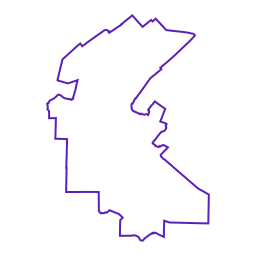 Fundulea, Calarasi, Romania
{"feature_id": "2599482B1760038642223", "entity_name": "Fundulea", "entity_type": "district", "adm_level": 2, "iso_a3": "ROU", "parent_name": "Romania", "parent_adm1": "Calarasi", "projection": "orthographic", "projection_center": [26.52, 44.463], "detail": "fine", "context": "isolated", "style": "outline", "palette": "violet", "viewbox_px": 256, "rotation_deg": 0, "n_neighbors": 0, "source": "geoboundaries", "source_scale": "gbopen_adm2", "svg_char_len": 5197}
<svg xmlns="http://www.w3.org/2000/svg" viewBox="0 0 256 256"><path d="M152.5,232.8L152.9,232.7L153.2,232.9L154.1,233.2L154.8,232.6L155.1,232.6L156.6,233.3L159.3,234.8L160.8,235.5L163.9,236.8L163.9,229.2L164.2,223.1L164.2,220.7L169.3,222.4L169.8,222.5L186.6,222.9L201.8,223.3L208.3,223.4L208.5,212.8L208.6,207.2L208.7,204.2L208.7,201.8L208.8,194.5L198.3,188.6L197.9,188.3L195.4,186.2L188.8,180.5L177.9,171.1L164.2,159.2L163.5,158.9L162.5,158.1L161.6,156.9L160.9,156.2L160.8,155.6L160.7,154.8L162.6,152.9L167.3,148.0L167.9,147.3L164.3,145.4L163.8,145.2L163.0,145.0L162.2,145.5L161.4,145.8L160.2,146.5L159.8,146.0L159.0,146.7L158.6,147.1L157.9,146.7L157.3,146.5L157.2,146.5L156.5,146.3L155.4,146.1L155.4,145.6L155.4,145.4L155.2,145.1L154.8,144.8L154.4,144.6L153.5,143.8L153.1,143.8L152.7,143.2L152.5,142.9L152.6,142.6L154.6,140.3L156.3,138.2L157.6,136.3L161.3,131.8L161.9,131.8L162.5,131.6L163.6,131.2L164.1,130.9L164.5,130.6L165.0,130.1L165.4,129.6L166.4,127.9L166.2,127.5L165.9,127.1L165.9,126.9L166.0,126.5L166.1,126.0L165.9,125.7L165.7,125.5L165.9,125.2L166.3,124.7L166.6,124.0L166.3,123.7L165.8,123.5L165.4,123.3L161.9,122.1L160.3,121.5L165.2,108.9L160.4,105.5L156.9,103.0L154.9,101.4L153.1,103.6L152.6,104.3L150.9,106.2L148.4,109.4L148.1,109.9L148.1,110.1L148.3,110.3L149.0,110.6L149.1,110.8L149.1,111.2L149.1,111.4L149.1,111.9L149.0,112.5L148.9,113.0L148.8,113.5L148.6,113.7L148.0,115.0L147.2,114.3L147.0,114.2L146.9,114.1L146.5,114.2L145.9,114.3L145.1,114.6L144.6,114.7L144.1,114.6L142.4,114.3L141.1,113.6L140.8,114.1L140.6,114.2L140.2,114.2L139.6,114.0L139.3,113.8L139.1,113.6L138.6,113.4L138.2,113.1L137.9,113.2L137.7,113.1L137.6,112.9L137.4,112.8L137.1,112.6L136.9,112.6L136.2,112.4L135.9,112.2L135.7,112.0L135.3,112.0L135.2,111.9L134.9,111.7L134.6,111.7L134.4,111.5L133.9,111.3L133.8,111.2L133.5,111.2L133.1,110.9L132.7,110.4L132.3,110.1L132.1,109.8L132.1,109.7L132.0,109.3L131.7,108.8L131.6,108.4L131.6,108.1L131.7,107.9L131.7,107.7L131.6,107.3L131.5,107.2L131.5,106.9L131.5,106.4L131.5,106.2L131.5,105.9L131.5,105.7L131.5,105.1L131.5,104.9L131.6,104.5L131.5,104.3L131.5,104.2L132.1,103.4L132.7,103.5L133.0,102.9L133.4,102.2L134.2,100.4L134.9,99.1L135.3,98.4L135.7,98.6L136.1,98.1L136.3,97.7L137.7,95.7L138.0,95.5L138.1,95.2L140.1,92.6L148.0,81.5L150.5,78.1L158.3,71.7L161.4,69.2L160.3,67.8L163.0,65.5L168.1,61.2L173.9,56.1L190.2,40.6L194.2,36.3L194.9,35.5L193.8,34.2L193.5,33.9L193.2,33.7L192.4,33.6L190.7,33.3L187.7,32.6L186.1,32.4L183.4,32.0L176.1,31.2L173.3,30.9L170.4,30.6L169.0,30.4L166.3,30.1L165.6,29.4L164.5,28.2L163.4,27.0L162.0,25.4L161.9,25.5L161.7,25.3L160.7,24.1L156.6,19.7L155.7,18.7L152.6,21.5L151.1,20.0L146.1,24.0L144.1,25.6L142.5,26.8L132.3,15.4L121.4,24.2L121.7,24.4L121.6,24.5L119.6,25.9L118.1,26.8L116.5,27.8L115.4,28.7L112.1,30.8L109.2,32.8L108.9,32.7L108.8,32.3L108.9,32.1L109.0,31.9L109.2,31.6L109.2,31.4L109.1,31.2L108.7,31.2L108.2,31.1L107.2,30.2L106.9,30.0L104.5,30.2L103.9,30.6L102.1,32.0L97.6,35.1L96.8,35.7L95.7,36.4L93.8,37.8L92.4,38.8L89.5,40.9L88.2,41.8L86.9,42.7L86.3,43.3L82.2,46.2L80.4,43.7L80.2,43.5L76.9,46.3L65.8,56.4L62.7,59.2L62.5,59.4L62.4,59.7L61.8,61.9L61.8,62.3L61.0,65.3L60.3,68.4L58.3,76.7L57.5,79.9L57.5,80.2L57.5,80.3L57.8,80.5L67.9,83.4L73.5,81.5L76.5,80.5L77.6,80.1L77.0,82.3L76.4,84.9L76.0,87.1L75.7,88.7L75.5,89.5L75.0,91.0L74.8,91.5L74.4,93.6L74.2,94.2L73.1,97.5L73.3,97.9L73.2,98.4L73.2,98.7L73.1,98.8L71.6,99.9L71.2,99.8L71.0,99.5L71.0,99.3L70.9,99.2L70.7,99.1L70.2,99.2L69.3,99.1L68.8,99.2L68.4,99.2L67.3,98.7L66.9,98.6L66.4,98.6L65.7,98.6L65.0,98.4L64.7,98.2L64.3,98.0L63.4,97.6L63.0,97.3L62.4,96.7L61.7,96.1L60.8,95.5L58.7,94.6L58.3,94.6L57.8,95.0L57.3,95.4L56.9,95.8L56.5,96.1L56.2,96.5L55.3,97.4L53.9,98.4L52.8,99.2L52.5,99.3L52.2,99.4L50.7,100.0L50.0,100.4L49.8,100.5L49.5,101.0L48.9,102.2L48.7,102.7L48.5,103.1L48.0,103.1L47.5,103.1L47.3,103.5L47.2,103.8L47.3,104.1L47.3,104.4L47.4,104.6L47.5,104.7L47.5,104.9L47.6,105.3L47.7,105.8L47.6,106.2L47.6,106.4L47.7,107.1L47.8,107.8L47.8,108.0L47.7,108.3L47.7,108.6L47.5,109.1L47.4,109.3L47.5,109.5L48.1,110.0L48.6,110.5L48.9,110.9L49.0,111.0L49.0,111.4L49.1,112.1L49.1,115.1L49.1,115.6L49.1,116.8L49.1,117.5L49.1,118.2L55.9,118.1L55.5,134.1L55.3,138.7L67.1,139.1L67.1,139.9L66.3,167.5L66.2,167.5L66.2,167.9L66.6,167.9L66.1,192.0L76.9,192.0L85.4,191.9L98.7,192.0L98.9,211.1L99.0,211.2L99.4,211.7L100.7,213.4L100.8,213.4L101.3,213.1L101.6,213.0L101.9,213.0L102.2,213.1L102.4,213.1L102.8,213.1L103.3,213.2L103.9,213.1L104.6,212.8L105.1,212.5L105.4,212.3L105.9,212.4L106.4,212.6L106.7,212.6L106.8,212.6L107.6,211.9L108.3,211.3L109.6,210.2L109.9,210.3L110.2,210.5L110.4,210.7L110.7,210.8L110.9,210.8L111.7,211.1L112.2,211.3L116.7,213.2L119.0,214.0L119.4,214.5L121.8,216.7L122.3,217.2L122.7,217.7L120.2,220.2L119.9,235.8L131.8,235.7L132.5,235.5L133.3,235.3L133.8,235.3L134.7,235.5L135.8,235.6L136.0,235.7L136.8,236.1L138.3,236.8L138.6,237.1L139.3,238.4L139.7,239.1L139.8,239.5L140.0,239.8L140.4,240.1L140.9,240.4L141.4,240.5L142.1,240.6L142.7,240.6L143.1,240.3L143.4,240.0L143.8,239.3L144.1,239.0L144.5,238.5L145.4,237.8L147.0,236.7L149.1,235.0L149.7,234.6L150.1,234.4L150.8,234.0L151.2,233.8L152.1,233.6L152.6,233.5L152.5,232.8Z" fill="none" stroke="#5b21b6" stroke-width="2"/></svg>